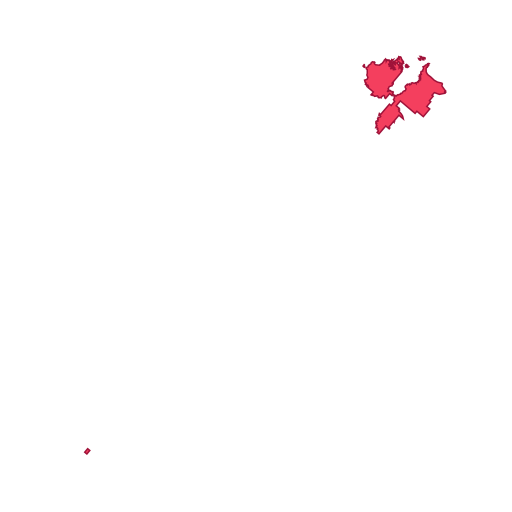 Unincorporated NT, Northern Territory, Australia (orthographic projection), rotated 40°
{"feature_id": "25037944B66789818675827", "entity_name": "Unincorporated NT", "entity_type": "district", "adm_level": 2, "iso_a3": "AUS", "parent_name": "Australia", "parent_adm1": "Northern Territory", "projection": "orthographic", "projection_center": [130.965, -18.633], "detail": "fine", "context": "isolated", "style": "filled", "palette": "rose", "viewbox_px": 512, "rotation_deg": 40, "n_neighbors": 0, "source": "geoboundaries", "source_scale": "gbopen_adm2", "svg_char_len": 5591}
<svg xmlns="http://www.w3.org/2000/svg" viewBox="0 0 512 512"><g transform="rotate(40 256 256)"><path d="M260.6,53.9L260.5,67.1L259.8,67.5L258.9,67.5L259.6,69.1L260.6,68.5L261.8,68.9L261.8,69.8L260.4,71.3L260.9,71.8L260.9,72.6L261.6,72.7L261.6,73.2L262.0,73.3L262.1,73.8L262.7,74.2L262.5,74.6L261.7,74.9L261.4,75.8L262.2,76.8L263.1,76.7L262.9,77.6L264.2,78.1L264.5,79.0L265.0,78.7L265.3,80.7L266.5,79.9L267.2,79.9L267.5,81.1L268.7,81.2L269.5,81.8L269.3,83.4L271.7,83.4L271.8,73.0L276.3,73.0L276.2,71.9L274.9,71.9L274.9,64.9L275.9,64.9L275.3,64.1L275.4,63.7L275.0,63.7L275.0,56.3L280.7,56.3L278.4,54.6L276.1,53.8L272.2,53.2L272.2,51.9L270.9,51.9L270.9,50.8L266.9,50.8L266.9,44.4L286.2,44.5L286.2,41.7L294.6,41.7L294.6,31.7L290.7,31.7L290.7,25.5L289.0,25.5L289.0,19.7L287.5,19.7L287.6,16.2L292.6,14.3L296.2,9.8L296.1,8.7L295.6,9.0L295.9,9.4L295.6,9.6L295.0,9.1L295.0,8.6L295.4,8.4L295.1,7.7L294.6,7.9L294.4,7.6L289.6,6.4L288.7,5.7L288.2,4.4L287.3,4.1L283.3,6.1L279.7,6.8L274.5,6.5L271.6,6.7L269.9,6.4L268.1,5.6L265.9,3.2L265.5,2.1L265.9,1.4L265.5,0.8L265.8,0.4L265.5,-0.0L265.8,-0.9L265.0,-1.7L265.1,-2.7L264.6,-2.6L263.8,-1.6L264.0,-0.5L263.1,0.9L263.2,2.0L262.3,3.7L263.0,4.0L264.0,5.1L264.2,6.6L264.8,7.2L263.9,8.6L264.3,9.4L265.3,10.6L265.8,10.4L266.0,10.6L265.9,11.0L265.3,11.1L265.6,11.7L265.1,11.8L265.0,12.2L265.6,12.2L265.8,12.8L266.2,12.5L266.5,12.7L265.9,13.3L266.6,13.2L266.5,13.7L267.0,13.7L266.8,14.5L267.6,14.2L267.4,14.8L268.0,14.9L268.0,15.6L268.6,15.5L268.4,16.0L268.7,16.4L268.5,16.9L267.8,17.1L268.4,18.1L268.0,18.5L268.3,18.8L267.8,19.0L267.9,19.6L267.1,20.4L267.6,20.9L266.8,20.8L266.2,22.0L264.2,22.9L263.8,24.0L264.3,24.3L264.3,25.1L263.9,25.7L263.2,25.6L263.4,26.1L262.7,26.1L261.6,27.0L261.9,27.7L261.4,27.8L261.2,30.1L262.0,31.0L263.6,31.5L264.1,33.5L263.5,34.0L263.0,35.4L263.1,37.8L262.3,38.4L262.6,39.4L262.0,39.9L261.3,41.3L260.8,41.5L260.5,43.6L259.0,43.6L258.3,44.3L260.6,46.0L260.7,47.8L262.8,48.4L262.8,53.9L260.6,53.9ZM249.2,35.8L249.2,20.9L248.8,20.3L248.5,20.6L248.5,21.2L248.5,21.3L248.4,21.3L248.4,20.7L248.7,20.2L248.4,19.5L248.0,19.9L247.6,19.7L248.0,19.6L248.3,18.9L247.3,17.3L246.4,17.4L246.5,18.1L246.9,18.3L247.0,18.4L247.0,18.6L246.7,18.2L246.3,18.3L246.0,16.6L245.3,17.1L245.6,18.2L245.1,18.6L245.4,19.2L245.0,19.7L245.5,19.8L245.0,19.8L244.9,19.0L244.8,19.7L244.5,19.1L245.1,18.0L244.9,17.5L243.8,18.4L243.1,18.4L243.1,18.7L243.3,19.0L243.1,18.7L243.1,18.3L243.8,18.3L244.8,16.9L244.6,16.2L244.9,15.5L244.7,14.9L245.0,14.2L244.3,14.5L243.0,16.3L244.1,14.4L244.5,13.1L243.2,12.6L243.8,12.3L244.0,12.7L244.5,12.8L243.8,12.3L242.4,12.1L242.1,11.8L241.3,11.9L240.2,11.0L238.8,10.5L238.5,11.0L237.2,11.5L237.6,12.2L238.5,12.5L239.0,13.1L237.6,13.3L237.3,13.7L238.2,14.7L238.3,15.2L237.6,15.2L237.4,15.7L236.8,18.3L237.1,18.9L237.7,18.3L238.2,18.2L237.7,18.8L238.5,19.1L238.8,19.6L239.3,19.4L239.8,20.0L239.7,20.8L239.7,20.0L239.3,19.5L238.8,19.7L238.4,19.2L237.6,20.2L237.7,21.2L237.9,21.1L237.6,21.4L237.4,20.0L236.5,20.1L236.2,19.7L236.0,20.4L237.1,21.1L237.6,22.4L238.0,21.8L238.8,22.0L238.7,21.7L239.4,22.4L240.9,22.6L240.6,23.0L240.9,23.3L242.0,22.6L241.1,23.5L241.6,23.7L242.2,23.4L243.1,23.3L243.4,23.4L242.2,23.6L241.3,24.7L241.7,24.8L241.5,25.0L241.2,24.7L241.4,24.1L240.4,23.5L239.2,23.6L238.9,23.2L238.7,23.4L239.8,24.7L239.0,25.7L239.4,25.9L239.0,25.9L239.1,25.1L239.3,24.7L239.2,24.1L238.5,23.8L238.3,24.3L238.1,24.1L238.4,23.8L237.9,23.7L237.5,24.2L237.8,24.5L236.9,24.7L237.5,23.7L236.8,23.2L236.5,23.7L236.5,23.1L235.6,23.7L235.0,23.1L234.7,23.4L234.8,23.9L235.3,23.8L235.5,24.0L235.4,24.2L235.2,24.3L235.4,24.6L235.2,24.3L235.4,24.0L234.9,24.0L235.0,24.3L235.0,24.9L235.0,24.2L234.3,23.7L235.0,22.6L234.8,21.7L234.0,21.7L232.7,20.6L232.1,20.9L231.9,20.4L231.2,20.9L231.4,21.3L231.0,21.6L230.9,21.3L230.2,21.5L230.6,23.1L229.6,22.1L229.4,22.3L228.6,21.8L228.4,23.6L228.7,24.4L228.8,27.2L227.9,30.1L228.1,30.4L224.6,32.7L223.0,32.5L222.4,31.8L222.5,31.3L221.8,31.3L221.2,32.0L220.5,32.2L220.0,33.7L220.5,34.8L219.7,37.9L220.3,39.0L219.7,40.0L219.6,41.2L220.1,41.7L221.4,41.7L223.8,44.5L224.6,46.1L227.0,47.3L227.5,49.2L226.1,51.5L228.2,52.9L229.3,52.7L229.4,54.1L230.2,54.0L231.4,54.5L231.1,53.5L232.0,53.2L233.3,54.0L233.0,54.7L233.3,54.9L240.5,54.9L240.5,58.6L241.8,58.3L241.8,57.5L244.2,57.5L246.1,55.3L247.0,55.3L247.5,55.9L248.5,55.8L249.7,54.4L250.2,54.4L249.9,53.2L250.4,51.3L250.9,50.8L251.5,50.8L253.2,52.1L254.0,52.0L254.0,45.7L257.2,45.7L257.2,43.8L256.3,43.9L255.8,42.2L255.1,42.1L254.6,42.9L252.7,42.9L252.7,43.3L251.9,43.4L251.4,45.3L250.9,45.3L250.4,42.9L249.7,42.9L249.2,40.6L250.8,38.0L250.4,37.5L250.6,36.3L250.0,35.3L249.2,35.8ZM242.4,17.8L240.1,17.8L240.1,15.5L242.4,15.5L242.4,17.8ZM250.9,516.4L253.7,516.4L253.7,511.8L250.9,511.8L250.9,516.4ZM248.2,12.5L247.9,13.2L248.8,13.7L249.1,13.6L248.8,13.2L249.1,12.9L249.3,13.8L250.3,13.5L248.5,14.5L249.0,14.9L249.5,15.0L249.8,14.4L250.6,14.5L251.0,14.0L251.1,13.6L250.6,13.8L250.5,13.3L251.1,13.3L251.1,12.7L249.8,13.2L249.4,13.1L249.5,12.8L249.1,12.9L249.1,12.5L248.2,12.5ZM235.1,18.7L234.9,17.4L234.6,18.1L233.7,18.3L234.1,18.9L233.7,20.0L234.2,20.8L235.2,21.5L235.2,23.0L235.8,23.4L235.9,22.2L234.9,21.0L234.4,19.5L234.6,18.7L235.1,18.7ZM215.9,41.7L217.7,41.9L218.0,41.5L217.3,40.7L216.2,40.7L215.8,39.2L215.9,41.7ZM255.2,-0.7L254.9,-0.7L255.5,-0.4L255.5,-0.2L254.7,-0.7L253.5,0.2L254.7,0.7L256.0,0.5L256.2,0.0L255.2,-0.7ZM254.7,-2.1L255.9,-2.6L255.9,-3.1L254.3,-3.0L253.5,-2.4L254.7,-2.1ZM255.8,-1.7L257.9,-1.6L258.3,-2.1L257.1,-2.3L255.8,-1.7ZM256.3,-3.8L257.8,-3.5L258.7,-3.8L258.3,-4.4L256.3,-3.8Z" fill="#f43f5e" stroke="#9f1239" stroke-width="1.5"/></g></svg>